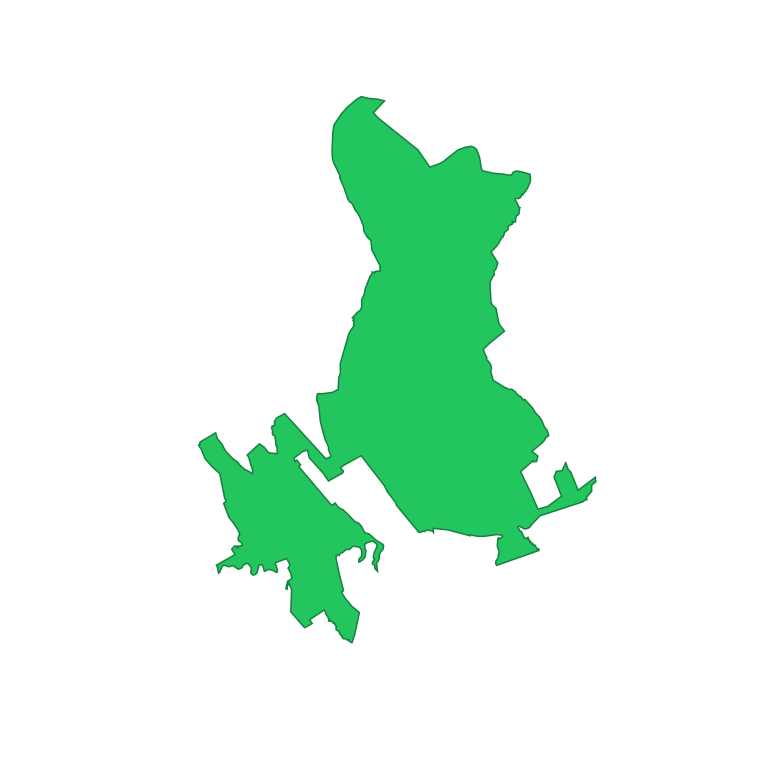 the district of Temoaya, México, Mexico, rotated 317°
{"feature_id": "50627088B51364435398439", "entity_name": "Temoaya", "entity_type": "district", "adm_level": 2, "iso_a3": "MEX", "parent_name": "Mexico", "parent_adm1": "México", "projection": "natural_earth1", "projection_center": [-99.618, 19.489], "detail": "fine", "context": "isolated", "style": "filled", "palette": "green", "viewbox_px": 768, "rotation_deg": 317, "n_neighbors": 0, "source": "geoboundaries", "source_scale": "gbopen_adm2", "svg_char_len": 6171}
<svg xmlns="http://www.w3.org/2000/svg" viewBox="0 0 768 768"><g transform="rotate(317 384 384)"><path d="M184.1,551.4L191.3,547.5L210.1,534.4L208.9,524.4L209.5,514.3L210.9,507.2L213.5,507.5L222.1,491.8L230.1,478.6L231.7,477.6L232.0,476.6L234.2,478.1L234.3,478.8L235.9,478.1L239.2,479.1L242.2,479.1L244.0,479.8L246.0,481.5L250.1,481.4L251.4,482.1L254.3,486.1L254.8,487.1L254.8,488.9L253.2,491.9L250.2,494.6L246.0,495.1L244.2,497.0L244.7,497.5L249.0,498.2L252.2,497.6L257.2,493.5L257.7,491.8L260.1,488.5L261.0,488.2L263.4,488.5L268.4,491.0L269.4,494.1L269.3,495.8L268.6,497.8L262.1,500.5L258.7,502.9L257.4,504.2L257.5,506.0L254.7,506.3L253.2,507.1L252.8,508.2L253.5,510.3L251.5,512.6L251.5,516.5L256.3,510.0L259.3,509.5L261.1,508.6L264.3,505.8L266.6,504.7L270.5,504.2L271.8,503.5L272.2,502.3L273.3,502.3L273.9,500.9L271.7,492.9L270.8,483.3L269.2,480.9L268.7,479.1L270.5,472.7L270.6,468.8L268.9,464.7L268.7,453.1L268.1,447.1L267.5,447.1L266.5,442.6L267.1,437.7L262.9,437.2L265.3,386.3L267.7,386.3L268.4,380.3L266.1,380.2L267.7,376.9L278.1,377.8L283.0,380.2L279.0,386.9L278.7,408.1L277.2,417.1L293.1,420.9L295.0,419.9L294.6,417.5L295.0,417.2L295.3,415.4L300.1,416.2L318.4,420.8L314.9,458.7L313.0,465.1L311.5,479.3L310.4,481.1L308.3,516.4L309.8,517.5L312.2,518.1L313.0,519.6L313.9,519.4L316.7,520.8L317.3,522.3L319.1,524.3L318.9,526.3L321.6,523.2L331.0,534.0L343.4,553.6L344.0,552.9L348.6,559.2L353.2,563.6L363.6,570.9L367.1,574.9L366.4,576.5L363.2,576.3L363.4,575.7L362.7,574.5L361.1,575.3L356.2,579.9L353.8,585.3L351.1,586.9L349.1,588.9L344.9,589.9L343.0,591.9L342.7,593.5L384.0,611.5L384.6,609.7L383.5,609.2L384.5,604.7L383.3,604.2L384.0,602.1L382.9,601.6L383.7,599.4L382.9,599.2L383.1,598.5L383.5,598.6L384.1,596.2L383.3,595.9L384.7,594.5L381.5,593.0L383.9,585.4L383.2,585.0L384.3,579.8L386.1,580.5L387.9,585.9L390.7,587.7L393.1,588.1L396.0,587.5L408.3,586.8L449.4,605.9L450.8,605.6L453.6,607.0L454.4,605.1L462.7,604.1L467.0,599.6L472.2,600.0L475.0,596.3L453.5,594.1L460.6,575.6L460.4,572.2L463.6,564.8L462.5,565.8L455.2,568.8L450.5,565.4L444.9,568.0L437.3,587.1L420.4,585.2L411.2,580.6L416.9,564.6L424.1,541.3L439.8,541.7L439.5,541.9L442.5,544.7L447.4,541.7L446.2,534.2L459.8,534.9L463.5,534.5L464.8,534.0L464.9,533.5L469.3,534.2L471.7,529.1L472.1,524.7L474.3,518.9L475.2,514.6L475.1,508.7L476.3,502.6L476.5,491.4L475.0,491.2L475.4,486.1L474.7,484.9L474.3,480.7L474.8,479.6L473.9,474.9L471.8,473.3L469.6,467.7L466.4,455.8L470.8,447.4L473.1,446.0L475.1,443.0L476.0,438.5L475.5,437.3L476.0,435.9L477.4,434.4L478.2,431.1L480.2,426.4L488.7,426.2L508.2,427.5L508.9,420.3L509.6,417.6L517.6,404.9L517.1,400.5L518.0,397.3L527.2,386.1L531.5,381.6L537.0,379.5L539.1,379.5L541.0,376.9L544.8,376.0L549.9,373.0L552.4,360.4L559.8,360.1L564.3,359.2L570.0,357.3L571.1,357.7L573.8,356.6L575.0,355.4L580.1,355.6L581.3,354.4L583.4,353.3L586.7,354.6L587.8,353.6L588.3,354.1L589.2,353.6L589.2,353.2L590.3,354.9L591.5,354.8L592.3,353.3L593.6,352.5L596.0,351.2L597.3,351.8L599.5,351.2L600.4,349.7L601.2,349.7L602.4,348.4L603.7,347.9L603.2,347.0L605.3,340.8L605.2,339.0L606.2,338.2L607.4,338.5L608.5,340.0L611.5,340.7L613.4,339.6L614.3,339.6L614.6,340.4L615.2,339.5L617.2,339.9L622.7,338.6L629.0,335.8L631.4,333.6L633.9,330.1L628.3,321.1L625.9,318.4L622.9,317.2L619.8,318.0L617.5,316.2L615.5,313.2L607.2,303.8L601.5,295.3L602.1,293.0L608.7,283.0L611.1,277.1L611.6,275.4L611.4,272.7L610.0,269.8L605.5,266.6L597.4,263.2L578.6,261.7L574.0,260.4L565.4,256.5L568.5,236.0L561.6,189.0L561.1,183.4L561.3,178.3L577.5,177.3L573.9,171.8L567.2,164.2L563.4,158.3L558.3,157.2L546.4,156.5L537.4,157.3L524.5,160.3L519.4,164.0L505.7,177.3L501.0,182.7L498.3,187.2L493.7,202.1L492.4,202.6L488.9,212.4L483.5,224.6L483.1,226.9L483.7,230.6L481.4,237.6L481.4,240.1L480.3,245.0L476.9,253.9L473.7,258.4L472.9,260.7L472.0,265.4L472.1,270.4L466.5,277.7L461.6,295.4L460.5,295.8L458.5,298.7L454.2,295.6L453.4,296.4L451.6,294.0L451.3,294.9L447.3,295.7L435.3,301.5L430.5,305.0L425.3,307.0L420.4,312.3L417.4,313.9L413.2,313.4L406.0,314.0L406.7,315.6L404.7,316.2L405.0,317.5L401.0,321.1L395.1,322.3L391.6,323.8L365.8,339.3L359.5,346.4L355.3,348.4L346.8,356.7L340.6,355.0L331.4,348.4L329.6,346.2L328.5,345.9L326.0,347.7L323.6,350.3L321.3,355.7L311.7,368.2L303.2,384.1L300.6,392.1L298.6,394.1L296.1,400.4L295.0,400.7L290.4,399.0L291.1,337.8L282.3,335.6L278.4,336.6L275.5,339.8L273.5,338.4L272.5,339.3L271.7,339.4L270.9,341.8L268.4,344.2L268.1,345.8L268.7,347.1L267.2,350.0L263.1,355.3L263.4,355.6L262.0,358.0L259.0,361.5L258.0,361.9L252.7,355.4L253.3,348.8L252.1,342.8L235.5,342.6L235.0,345.5L231.7,351.7L229.3,357.5L226.6,359.5L224.5,352.7L223.3,350.9L224.0,349.9L223.2,347.6L223.5,346.1L223.0,344.1L223.8,342.6L223.1,341.8L223.7,340.7L222.5,335.8L222.4,324.6L224.5,317.4L224.9,310.2L227.6,304.9L209.9,301.0L208.3,302.3L207.6,302.2L207.9,302.6L206.5,302.9L205.7,307.6L202.2,316.7L201.8,328.2L202.8,337.5L189.4,359.1L189.0,361.9L185.3,362.0L179.6,375.9L179.1,382.8L177.7,391.1L176.8,393.9L175.9,395.0L175.7,396.1L174.1,396.0L171.1,398.3L170.6,400.3L171.4,401.0L171.4,403.0L170.5,405.2L168.3,404.4L166.4,402.6L165.2,404.3L164.8,403.5L165.5,402.2L164.4,400.6L159.9,400.9L158.9,406.6L158.4,407.1L137.9,402.2L137.6,403.5L134.1,409.5L135.5,409.7L140.8,407.1L142.7,407.0L143.5,407.5L146.1,412.1L149.1,413.3L149.7,414.2L151.1,420.2L154.9,421.6L157.5,420.5L161.1,421.5L162.0,422.6L161.8,427.0L160.9,428.8L158.5,430.5L157.6,431.8L157.8,434.4L159.8,435.5L162.3,435.5L168.8,431.4L171.0,432.3L171.5,433.5L170.6,436.3L168.8,438.9L169.2,439.8L172.2,440.4L174.2,442.1L175.9,445.4L176.8,448.5L177.5,448.8L179.0,447.7L182.5,440.6L193.8,445.3L191.8,452.3L188.2,453.3L186.9,458.6L184.0,463.4L179.1,462.5L172.6,466.8L173.2,468.0L175.0,466.3L178.9,464.5L176.1,471.5L160.4,487.1L159.7,508.1L168.2,510.2L168.8,505.7L186.1,508.5L185.8,510.7L184.7,512.1L183.9,516.9L182.7,518.7L183.0,519.5L181.9,519.9L182.7,520.5L183.5,520.3L183.4,521.5L184.7,524.6L183.9,524.6L184.5,525.5L183.8,527.0L184.0,528.8L182.4,529.6L182.6,530.2L181.4,531.0L181.6,532.5L182.7,534.5L181.3,536.0L181.8,536.6L181.0,537.7L181.6,539.7L180.8,540.0L180.5,542.5L181.8,543.7L182.6,546.3L183.8,546.8L183.0,548.1L184.1,551.4Z" fill="#22c55e" stroke="#15803d" stroke-width="1.5"/></g></svg>